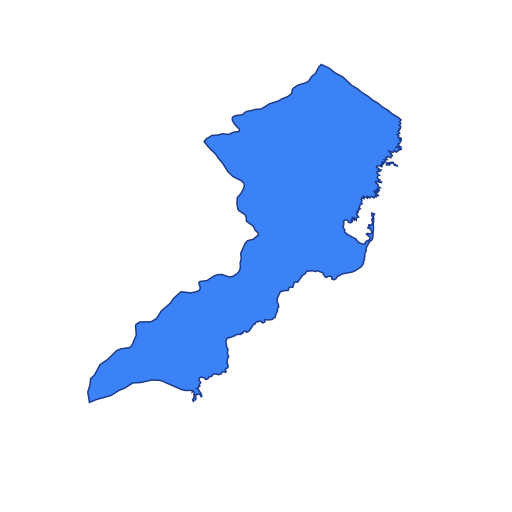 outline of Sabana de la Mar, Hato Mayor, Dominican Republic, rotated 114°
{"feature_id": "3306468B29734552826956", "entity_name": "Sabana de la Mar", "entity_type": "district", "adm_level": 2, "iso_a3": "DOM", "parent_name": "Dominican Republic", "parent_adm1": "Hato Mayor", "projection": "equal_earth", "projection_center": [-69.405, 19.01], "detail": "fine", "context": "isolated", "style": "filled", "palette": "blue", "viewbox_px": 512, "rotation_deg": 114, "n_neighbors": 0, "source": "geoboundaries", "source_scale": "gbopen_adm2", "svg_char_len": 6112}
<svg xmlns="http://www.w3.org/2000/svg" viewBox="0 0 512 512"><g transform="rotate(114 256 256)"><path d="M406.0,259.0L405.3,258.9L405.0,258.0L406.4,256.5L407.9,256.5L407.9,255.9L410.0,255.3L413.5,255.3L414.2,254.1L413.3,254.1L412.2,252.9L410.4,252.9L408.4,254.4L406.4,254.1L406.4,253.2L405.3,252.0L405.3,250.8L406.8,249.0L406.2,248.4L403.5,250.8L402.6,252.9L401.5,253.8L401.0,254.7L401.2,256.2L397.7,254.4L396.8,255.6L394.1,255.0L392.5,257.7L390.3,258.0L388.7,256.5L388.5,253.2L389.2,252.0L388.7,250.8L387.4,249.9L385.8,249.9L383.8,247.5L381.6,247.2L380.2,245.1L379.6,241.8L378.0,240.0L375.5,239.7L374.9,238.5L374.6,236.4L373.5,236.4L372.2,237.9L371.1,237.9L369.7,236.4L368.6,236.4L366.2,237.9L365.7,239.1L363.9,239.1L363.0,240.3L359.2,240.0L356.3,242.7L352.7,243.6L350.3,246.6L348.9,246.9L346.7,248.7L343.6,249.0L341.6,247.8L341.6,247.2L337.6,243.0L335.8,242.1L334.4,239.4L333.5,238.8L333.8,237.9L332.2,237.6L332.0,236.7L329.7,236.4L329.1,235.5L329.5,233.7L328.8,232.8L326.8,231.6L319.4,230.4L318.6,229.2L316.3,229.2L315.7,228.6L315.7,227.7L314.5,227.1L313.6,225.3L314.3,223.5L314.1,222.3L312.7,221.1L310.5,222.0L309.4,218.7L307.4,215.4L305.1,214.5L304.5,213.6L300.7,214.2L297.5,213.9L295.5,215.1L293.3,214.5L290.6,216.3L289.9,217.8L286.4,219.3L278.8,219.3L276.1,216.0L274.5,212.7L270.7,212.7L269.6,209.7L264.9,210.3L264.0,209.7L262.9,207.3L254.4,205.5L252.6,204.0L249.3,203.4L246.6,198.6L245.9,195.0L245.3,195.0L244.4,193.2L244.2,187.8L245.3,187.2L247.1,183.9L246.8,182.7L245.5,182.1L244.4,180.3L244.4,178.5L246.2,177.3L245.9,174.9L244.1,173.7L240.8,173.1L240.1,171.9L237.2,169.8L231.6,161.7L229.4,159.6L222.9,155.4L219.1,154.8L216.9,155.7L214.9,155.4L214.0,156.3L212.4,156.3L210.0,157.5L205.7,157.5L204.2,158.7L196.8,158.1L194.1,156.6L192.3,156.6L182.9,159.9L177.6,162.6L176.2,162.6L175.3,163.5L174.0,163.5L172.9,164.7L169.3,165.0L169.8,167.7L172.2,166.5L172.7,165.0L175.8,165.0L177.6,163.2L178.9,163.2L179.4,162.6L180.7,163.2L181.6,165.6L182.3,165.6L182.9,164.1L183.8,164.1L184.3,165.3L184.9,165.3L184.7,162.9L186.7,159.9L188.7,159.9L189.4,160.8L189.9,163.2L190.8,164.1L191.7,163.2L191.7,161.7L192.8,159.0L195.9,159.3L196.6,160.5L198.8,161.7L200.8,161.4L201.7,163.2L201.9,166.5L200.8,170.7L199.9,171.0L199.2,180.3L198.3,184.2L197.7,185.1L196.1,185.4L194.1,188.4L192.3,188.4L189.2,189.6L189.0,190.2L187.0,189.6L186.3,188.4L186.3,186.6L187.6,185.1L187.4,183.6L186.5,182.4L185.6,182.4L184.9,184.2L184.9,182.4L183.4,183.6L182.7,182.7L183.2,182.1L183.2,180.6L182.7,180.6L181.4,183.0L181.1,181.5L182.3,179.1L180.7,179.7L179.1,179.1L178.7,178.2L176.9,181.2L174.9,180.6L174.7,181.8L174.0,181.8L173.8,180.9L171.8,180.9L170.6,180.0L170.6,181.5L168.9,181.2L168.4,181.8L167.3,181.8L165.1,180.3L164.4,181.5L161.9,181.8L161.5,183.3L159.9,183.0L159.7,180.6L158.8,180.9L158.4,182.4L157.7,182.4L157.5,180.0L157.9,177.6L157.2,177.6L156.8,178.8L155.9,178.5L156.6,175.5L155.2,175.5L154.6,174.3L155.0,172.2L154.3,171.6L153.0,171.9L153.0,170.1L151.7,170.1L151.0,168.9L150.5,170.1L151.4,171.3L150.3,171.3L150.1,173.1L149.2,174.3L148.3,174.0L148.8,172.5L148.5,170.7L147.9,170.7L147.4,171.9L147.0,170.4L145.6,170.1L145.2,171.3L145.9,172.5L144.3,171.9L143.2,170.4L142.9,173.1L141.2,173.4L140.3,176.4L139.6,177.0L139.1,177.0L138.0,171.3L137.4,171.3L137.6,174.9L137.1,174.9L136.9,173.7L136.0,173.7L136.0,175.8L134.9,177.3L132.7,177.0L132.0,176.1L131.3,178.8L130.4,179.7L129.8,179.7L128.4,177.3L126.6,176.7L126.9,177.9L127.5,177.9L127.5,179.4L126.2,179.4L126.0,182.1L124.8,182.1L123.3,180.3L123.5,177.9L123.1,177.3L122.6,177.3L122.6,178.8L121.7,178.8L121.5,177.9L120.4,178.5L120.4,177.3L119.7,177.0L119.3,179.1L118.6,178.8L118.4,177.0L117.3,176.1L116.6,176.1L115.9,178.2L114.6,175.5L113.9,177.3L113.0,177.3L112.3,176.1L111.4,176.1L111.4,172.8L110.1,173.4L109.0,172.2L107.6,174.0L107.6,174.9L107.0,175.5L106.1,174.9L106.5,176.4L106.1,177.3L105.6,173.1L105.0,172.5L103.2,172.8L104.1,170.1L101.4,168.6L100.7,168.9L99.8,166.8L98.9,166.8L98.9,170.4L99.6,172.2L98.7,171.9L98.5,170.1L97.8,169.5L98.0,168.0L97.4,168.0L97.4,169.8L96.5,170.4L96.5,171.6L96.0,171.9L95.4,171.9L94.5,170.7L91.8,170.4L91.3,172.5L90.7,172.5L91.1,170.7L89.6,171.0L89.3,171.9L90.0,172.5L89.3,174.0L89.6,174.6L88.0,174.6L87.5,176.4L85.5,174.6L84.2,177.0L82.8,176.1L81.7,176.1L81.5,176.7L81.1,176.1L79.7,176.1L78.6,176.7L78.6,178.5L76.1,177.6L75.0,179.4L72.7,178.8L71.6,182.3L70.8,189.4L69.2,194.5L68.4,201.5L66.8,206.7L66.0,213.7L64.6,218.1L63.6,225.9L62.0,231.0L61.2,238.0L57.2,249.2L56.5,258.6L54.6,265.8L54.5,274.3L57.5,275.4L65.1,276.0L69.5,278.2L75.2,279.2L77.6,281.1L82.8,287.1L87.1,289.9L89.1,290.5L93.1,289.5L97.3,291.7L102.0,296.3L105.4,298.7L111.5,305.6L119.6,311.0L122.5,316.5L125.4,319.8L127.2,322.7L128.8,324.2L132.6,326.0L135.8,331.4L138.2,333.6L139.9,333.8L141.9,332.5L144.3,329.1L146.8,323.2L147.8,322.2L149.2,322.1L151.9,326.7L156.1,330.5L158.0,336.5L160.9,339.8L163.8,345.3L169.4,349.1L172.6,349.9L175.7,344.0L179.5,334.1L182.7,328.8L184.7,324.4L190.3,316.1L192.8,309.2L193.2,299.9L194.5,296.7L196.3,295.3L199.3,294.8L205.5,295.3L210.3,296.8L216.0,294.7L220.6,291.6L221.5,290.1L222.7,282.9L224.5,280.7L228.1,279.0L229.8,270.7L232.9,266.9L234.1,263.4L235.8,262.4L241.8,265.3L245.5,270.0L248.9,271.1L259.9,271.0L264.0,268.6L268.9,267.6L273.3,265.4L276.8,265.2L279.6,266.0L283.8,268.7L285.3,270.5L286.2,273.1L286.7,279.5L288.6,283.3L291.3,286.2L298.5,290.8L302.0,296.8L303.7,297.4L308.0,293.7L310.7,293.9L314.0,297.3L316.4,301.0L319.1,309.9L327.8,313.9L334.0,315.1L344.6,320.1L353.7,321.5L358.8,325.1L363.5,335.3L367.3,337.8L368.6,337.7L376.9,333.2L386.5,333.0L390.0,333.5L391.3,334.6L395.6,341.4L399.0,344.8L410.6,349.3L418.7,354.3L430.4,355.1L435.4,357.2L440.9,355.3L448.8,354.3L457.5,348.6L452.2,343.6L442.6,331.9L434.9,326.8L430.2,322.3L422.1,316.9L418.5,309.9L411.8,300.9L409.0,294.1L408.4,291.3L408.3,269.5L407.6,265.9L404.7,259.6L406.0,259.0ZM118.6,171.0L117.9,171.0L118.1,172.5L117.7,174.3L118.1,174.6L119.7,174.0L118.6,171.0ZM115.5,168.6L114.8,168.6L114.8,169.5L116.6,172.2L116.6,170.7L115.5,168.6ZM116.4,163.5L115.9,163.8L116.1,165.3L115.5,166.2L116.1,167.4L116.6,167.1L116.4,163.5Z" fill="#3b82f6" stroke="#1e3a8a" stroke-width="1.5"/></g></svg>